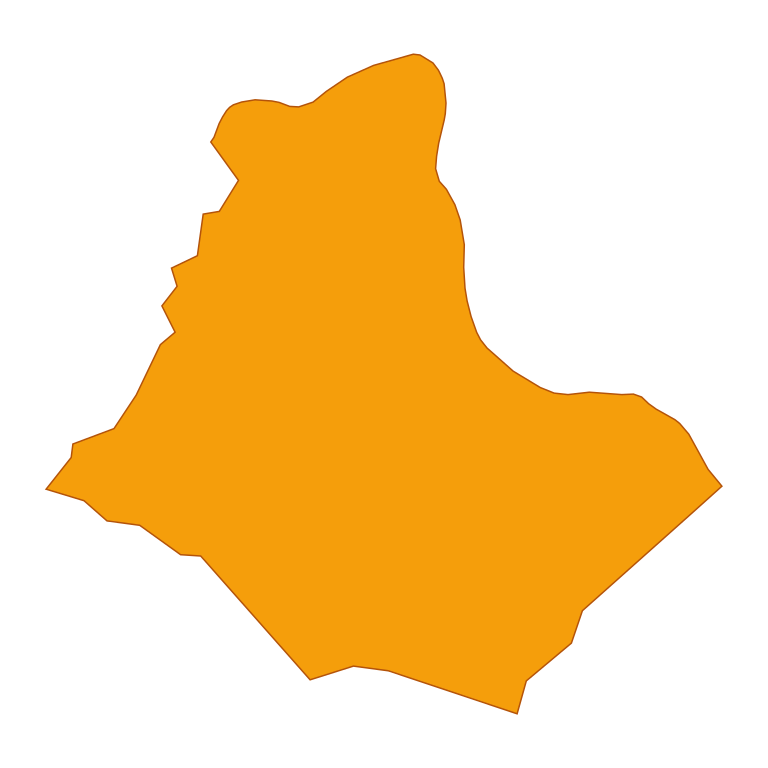 Greenup, Kentucky, United States of America
{"feature_id": "52423323B79088565472709", "entity_name": "Greenup", "entity_type": "district", "adm_level": 2, "iso_a3": "USA", "parent_name": "United States of America", "parent_adm1": "Kentucky", "projection": "orthographic", "projection_center": [-82.912, 38.565], "detail": "fine", "context": "isolated", "style": "filled", "palette": "amber", "viewbox_px": 768, "rotation_deg": 0, "n_neighbors": 0, "source": "geoboundaries", "source_scale": "gbopen_adm2", "svg_char_len": 1161}
<svg xmlns="http://www.w3.org/2000/svg" viewBox="0 0 768 768"><path d="M721.9,486.2L708.1,469.4L688.8,434.2L679.8,423.6L675.1,419.8L656.1,409.1L648.6,403.7L641.6,397.0L633.4,394.1L621.8,394.6L589.3,392.2L568.0,394.6L554.1,393.1L540.2,387.5L518.7,374.5L513.1,371.1L487.0,348.0L480.6,339.9L476.7,332.4L471.1,316.6L467.1,300.9L465.0,288.2L463.7,267.4L464.3,244.7L460.2,220.0L454.9,204.7L446.4,189.3L439.3,181.3L435.6,168.7L436.6,156.2L438.7,143.1L444.2,120.0L445.3,113.7L446.0,103.1L444.1,83.8L442.3,78.3L440.0,73.4L438.4,70.2L433.0,63.0L420.0,55.0L413.3,54.2L373.6,65.4L347.4,77.1L326.3,91.4L313.1,102.1L298.7,106.9L289.7,106.4L279.1,102.4L271.9,101.0L255.1,99.8L241.7,102.0L233.4,104.8L229.7,107.3L229.4,107.6L226.6,110.6L222.6,116.9L219.2,123.4L214.0,137.3L210.8,142.0L238.5,180.4L219.3,211.4L203.2,214.1L197.4,255.7L171.5,268.1L177.1,286.3L161.9,305.9L175.1,332.2L160.4,344.6L136.2,395.1L114.0,428.6L72.9,444.0L71.2,457.5L46.1,489.2L84.0,500.7L107.0,520.9L139.7,525.3L180.6,554.7L200.7,556.0L310.1,679.8L353.4,666.1L388.4,670.8L517.1,713.8L526.3,680.9L571.4,643.1L582.4,610.7L689.7,515.1L721.9,486.2Z" fill="#f59e0b" stroke="#b45309" stroke-width="1.5"/></svg>